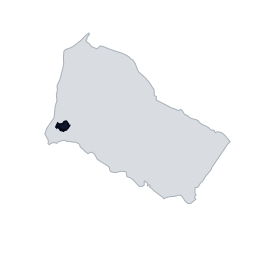 North Tongu, Volta, Ghana shown in context, rotated 125°
{"feature_id": "2480657B35012095074914", "entity_name": "North Tongu", "entity_type": "district", "adm_level": 2, "iso_a3": "GHA", "parent_name": "Ghana", "parent_adm1": "Volta", "projection": "robinson", "projection_center": [0.298, 6.144], "detail": "fine", "context": "in_parent", "style": "filled", "palette": "ink", "viewbox_px": 256, "rotation_deg": 125, "n_neighbors": 0, "source": "geoboundaries", "source_scale": "gbopen_adm2", "svg_char_len": 4980}
<svg xmlns="http://www.w3.org/2000/svg" viewBox="0 0 256 256"><g transform="rotate(125 128 128)"><path d="M153.5,33.2L155.2,35.0L155.5,36.0L154.9,39.9L153.7,42.7L152.9,45.2L153.0,46.5L153.8,47.8L156.3,49.8L157.6,51.1L159.2,53.1L161.0,55.0L164.1,57.5L165.4,58.0L165.3,58.7L164.9,59.6L164.6,69.0L164.4,71.4L164.1,72.6L163.9,76.2L163.5,76.7L162.9,76.6L162.4,76.7L162.3,77.4L162.5,78.2L164.3,78.7L163.9,79.2L162.6,79.7L161.9,80.7L162.2,81.9L161.5,82.9L161.7,83.5L162.2,84.0L162.9,83.8L165.1,82.2L166.0,82.1L167.1,82.4L169.2,84.9L169.3,86.1L168.4,90.2L167.6,93.4L167.5,97.6L168.3,100.0L168.2,101.3L167.3,102.4L165.1,104.1L165.3,105.2L166.3,107.3L168.1,109.6L171.6,112.5L173.5,116.3L173.5,117.8L172.4,119.3L171.1,120.6L170.7,122.5L171.3,135.1L168.5,140.6L168.5,142.1L168.8,143.9L169.5,145.0L170.9,145.3L172.1,146.4L171.7,150.2L171.1,154.1L171.0,156.0L170.6,156.9L169.5,157.6L169.1,158.9L169.4,160.4L169.2,161.5L169.8,163.0L171.1,164.8L173.1,169.3L173.9,169.6L174.2,170.6L174.0,171.5L174.8,173.5L177.1,175.5L179.5,177.2L181.4,177.5L181.8,179.0L183.1,181.0L184.0,181.9L185.5,182.5L186.7,182.8L186.8,184.4L184.6,185.6L183.1,187.3L182.0,189.9L180.5,192.8L175.1,194.3L173.1,194.4L162.2,194.4L151.9,200.1L146.0,202.1L142.4,205.4L137.5,207.6L134.1,210.4L127.0,211.7L115.4,216.1L111.8,217.8L108.1,220.8L102.1,224.4L99.8,224.3L95.1,221.0L91.6,219.3L83.0,216.8L76.6,215.8L73.4,214.7L72.6,214.5L73.3,213.4L75.1,213.3L77.0,213.6L78.4,212.7L80.5,212.6L81.1,211.7L81.2,209.3L81.2,207.3L82.0,206.5L82.1,204.2L81.1,199.2L80.4,198.6L76.7,197.9L76.4,196.9L75.7,195.8L75.0,193.2L74.2,189.3L72.9,184.5L70.4,176.6L69.8,173.9L69.3,171.0L69.2,167.6L69.8,166.3L69.7,164.6L69.5,162.8L71.2,158.8L74.7,153.9L75.5,152.1L76.1,150.9L76.2,149.1L76.8,143.4L78.5,136.4L79.6,133.8L80.3,132.4L81.1,130.1L81.4,129.0L84.6,126.3L86.0,125.5L86.4,124.5L85.9,123.3L86.1,122.5L86.8,122.1L88.0,121.8L88.9,120.7L87.6,112.1L86.5,103.6L86.4,102.8L85.8,101.7L85.1,98.1L84.1,96.1L82.5,95.5L82.6,93.5L84.1,90.3L84.5,88.3L83.8,87.8L83.7,86.3L84.2,83.9L83.9,82.4L83.6,80.8L82.1,77.0L81.7,74.4L82.5,72.9L82.5,69.5L81.6,64.2L81.5,61.0L82.1,59.6L81.8,58.3L80.7,57.0L80.6,55.8L81.6,54.7L81.5,53.7L80.2,53.1L79.2,51.5L78.2,48.9L78.4,44.8L80.3,37.3L80.5,36.7L82.5,36.7L82.6,37.1L89.0,37.0L96.3,36.9L105.1,36.8L113.0,36.7L113.4,36.4L114.7,36.0L122.7,36.7L127.7,36.4L129.9,36.6L131.4,37.1L134.9,36.8L136.8,37.0L138.1,38.9L138.7,38.8L139.5,38.1L140.9,37.1L142.3,36.4L143.3,35.0L143.9,33.8L144.8,34.1L146.2,34.0L147.0,33.1L147.4,31.6L153.5,33.2Z" fill="#d9dde1" stroke="#a8b0b8" stroke-width="1"/><path d="M164.4,188.5L164.6,188.5L165.0,188.3L165.5,188.3L165.8,188.3L166.0,188.2L166.3,188.0L166.5,188.0L166.7,187.9L166.8,187.9L166.9,187.7L167.0,187.6L167.0,187.4L166.9,187.4L167.0,187.3L167.0,187.2L167.3,187.1L167.7,187.2L167.9,187.3L168.0,187.3L168.1,187.6L168.1,187.8L168.3,187.7L168.3,187.4L168.5,187.4L168.4,187.2L168.5,187.1L168.4,186.9L168.5,186.8L168.4,186.8L168.5,186.7L168.4,186.6L168.2,186.5L168.1,186.4L167.9,186.4L167.6,186.3L167.5,186.2L167.6,185.9L167.7,186.0L167.7,185.9L167.8,185.8L167.8,185.7L167.7,185.6L167.4,185.5L167.5,185.3L167.4,185.2L167.2,185.1L167.0,184.9L167.0,184.7L166.9,184.7L166.7,184.7L166.9,184.5L167.1,184.6L167.3,184.7L167.4,184.8L167.4,184.7L167.5,184.7L167.4,184.6L167.4,184.4L167.4,184.2L167.3,183.9L167.3,183.6L167.4,183.4L167.5,183.3L167.5,183.2L167.9,183.4L167.9,183.2L168.0,183.4L168.1,183.2L168.2,182.9L168.4,182.8L168.4,182.7L168.5,182.6L168.6,182.4L168.6,182.2L168.6,181.7L168.5,181.4L168.5,181.2L168.4,181.1L168.0,181.4L167.9,181.2L167.7,181.2L167.7,181.3L167.6,181.2L167.4,180.9L167.2,180.9L166.9,180.9L166.9,180.7L167.0,180.7L167.2,180.4L167.3,180.4L167.4,180.2L167.7,179.5L167.7,179.4L167.8,179.5L167.9,179.4L167.9,179.2L167.7,179.1L167.6,179.3L167.5,179.2L167.4,179.2L166.7,179.2L166.5,179.3L166.4,179.3L166.3,179.2L166.2,178.9L166.0,178.6L166.0,178.4L165.9,178.3L165.8,178.2L165.7,178.1L165.5,177.9L165.5,178.0L165.4,177.9L165.1,178.0L164.9,177.9L164.7,177.8L164.5,177.7L164.2,177.7L163.8,177.5L163.7,177.4L163.4,177.1L160.5,177.1L160.3,177.1L160.1,177.2L159.9,177.2L159.9,177.3L159.7,177.3L159.8,177.4L159.8,177.5L159.7,177.7L159.8,177.7L159.8,177.8L159.9,178.0L159.7,178.0L159.4,178.2L159.4,178.3L158.9,179.1L158.9,179.3L158.7,179.4L158.7,179.6L158.6,179.9L158.5,180.0L158.4,180.3L158.4,180.5L158.1,181.4L158.1,181.5L157.8,181.8L157.8,182.0L157.7,182.2L157.7,182.3L157.7,182.5L157.8,182.7L158.0,182.8L158.2,183.0L158.3,183.0L158.5,183.1L158.5,183.3L158.7,183.5L158.9,183.7L159.0,183.8L159.7,184.0L159.8,184.0L160.1,184.1L160.3,184.2L160.8,184.0L161.0,184.0L161.4,183.9L161.6,183.9L161.8,183.9L162.0,184.1L162.3,184.2L162.3,184.3L162.5,184.4L162.6,184.5L162.8,184.7L162.9,184.8L162.9,185.2L163.0,185.3L163.2,185.5L163.7,185.5L163.8,185.5L164.2,185.7L164.2,185.9L164.1,186.0L164.3,186.2L164.3,186.3L164.5,186.5L164.4,186.5L164.1,186.9L164.0,187.2L164.0,187.3L164.3,187.5L164.6,187.5L164.6,187.8L164.5,188.0L164.5,188.3L164.4,188.5Z" fill="#0f172a" stroke="#020617" stroke-width="1.5"/></g></svg>